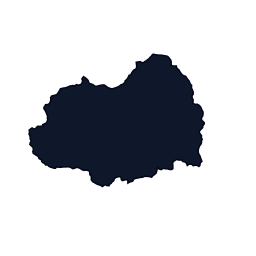 outline of Alfredo Wagner, Santa Catarina, Brazil, rotated 309°
{"feature_id": "56859067B29143197602699", "entity_name": "Alfredo Wagner", "entity_type": "district", "adm_level": 2, "iso_a3": "BRA", "parent_name": "Brazil", "parent_adm1": "Santa Catarina", "projection": "albers", "projection_center": [-49.333, -27.717], "detail": "fine", "context": "isolated", "style": "filled", "palette": "ink", "viewbox_px": 256, "rotation_deg": 309, "n_neighbors": 0, "source": "geoboundaries", "source_scale": "gbopen_adm2", "svg_char_len": 3580}
<svg xmlns="http://www.w3.org/2000/svg" viewBox="0 0 256 256"><g transform="rotate(309 128 128)"><path d="M137.2,61.2L136.4,62.7L134.8,63.7L132.6,64.1L130.1,62.6L129.3,60.6L127.5,60.3L126.5,58.6L125.3,57.7L124.4,56.6L122.7,55.8L121.1,54.9L119.8,54.0L118.2,52.5L115.9,50.8L113.7,51.3L111.7,51.5L109.6,51.7L107.4,50.6L106.1,49.4L104.6,48.5L102.9,48.8L101.5,50.1L99.8,51.1L97.3,51.5L95.6,50.8L94.2,49.2L92.9,49.7L91.7,49.5L90.3,50.2L89.2,53.2L88.1,55.4L87.2,56.9L86.4,58.4L85.1,58.9L84.0,60.3L82.4,61.0L80.4,61.3L78.7,60.5L77.0,59.6L76.2,60.9L75.0,59.6L73.8,58.5L72.5,56.7L70.6,56.5L68.8,56.5L67.9,54.9L67.7,53.4L66.0,52.9L64.1,52.5L63.0,53.9L60.9,55.0L60.3,56.5L59.2,57.8L57.6,59.3L57.3,61.1L55.5,61.1L53.4,62.1L53.3,64.1L53.2,66.3L51.5,68.2L49.8,68.8L48.7,70.3L48.9,72.2L49.1,74.0L49.4,76.0L48.2,78.3L48.9,80.7L47.8,81.8L47.4,83.3L48.0,85.4L47.4,87.2L48.7,88.7L48.4,90.7L48.8,92.4L49.5,93.9L50.0,95.5L51.1,97.0L52.5,97.0L53.5,98.0L54.4,99.6L55.6,100.9L56.6,101.8L57.7,103.0L59.1,104.7L60.7,106.5L61.4,108.7L61.6,110.6L62.9,111.8L64.2,112.2L65.7,113.8L66.4,115.8L66.6,117.6L66.8,119.1L67.5,120.6L69.0,122.0L70.2,124.7L69.1,126.7L67.8,127.5L67.5,129.5L66.2,130.9L64.6,132.1L64.1,134.3L64.5,136.9L64.8,139.0L65.3,140.6L66.2,142.7L66.4,145.0L68.3,145.4L69.6,145.9L69.9,147.7L71.2,149.6L72.8,149.1L74.2,149.7L75.9,149.6L78.0,150.1L80.2,149.2L82.4,150.1L83.5,150.8L84.9,151.9L85.3,153.7L83.8,155.1L83.5,156.6L85.4,158.1L87.3,159.4L86.8,161.2L85.1,162.6L86.7,163.2L88.3,164.1L89.5,165.1L91.1,164.8L92.5,164.9L94.1,166.0L96.1,167.7L97.7,169.0L99.0,170.4L100.9,171.3L102.5,173.4L103.9,175.5L104.6,177.4L106.5,177.3L108.5,177.9L110.8,178.2L112.2,177.6L113.9,176.8L115.5,175.8L115.7,178.1L116.6,180.1L118.0,180.4L119.2,181.2L119.9,182.9L121.1,184.3L121.6,185.7L122.3,187.0L123.6,188.3L125.0,188.3L126.2,187.1L127.5,186.1L128.5,185.0L130.4,184.3L132.4,185.0L134.3,185.6L134.7,187.0L135.7,188.5L136.9,189.7L136.4,191.6L137.5,193.6L137.3,195.7L136.2,197.7L138.0,198.1L139.2,199.3L140.0,200.7L139.7,202.3L140.9,203.3L141.9,204.3L142.6,205.7L142.7,207.3L144.1,207.5L145.4,206.6L146.7,206.2L148.6,206.4L149.5,204.8L150.5,203.2L151.6,201.4L152.6,198.8L154.5,196.8L156.8,195.6L159.1,194.9L161.1,194.9L163.0,194.3L164.2,193.2L165.9,192.8L166.6,191.1L168.3,190.0L168.8,188.0L169.4,186.2L170.9,185.4L173.3,185.6L175.2,185.8L176.3,185.0L177.6,184.7L179.2,184.7L180.2,183.7L180.3,182.1L180.4,180.3L181.7,179.0L183.0,178.6L184.4,178.5L186.1,177.5L187.7,176.2L188.8,173.6L190.1,171.2L190.4,169.0L190.1,167.0L188.5,165.2L188.1,162.8L189.6,161.8L190.9,160.9L191.9,158.8L193.4,157.4L195.0,157.5L196.8,156.3L197.9,154.5L198.7,152.8L199.5,151.7L201.2,150.6L201.4,148.7L202.2,147.2L203.0,145.8L203.3,144.3L203.7,142.3L204.5,140.3L203.6,138.3L203.5,136.4L204.0,134.3L204.7,132.1L205.3,130.7L205.1,128.6L206.6,126.5L204.8,124.4L204.0,122.4L205.0,121.1L206.4,120.2L207.7,118.4L208.3,115.9L208.6,113.7L207.7,111.8L206.7,110.1L205.8,108.4L204.9,107.2L203.7,105.6L202.5,103.7L201.2,101.1L199.7,100.8L198.2,101.0L196.8,100.6L195.3,100.8L193.6,100.2L192.0,100.0L190.1,99.2L188.4,98.9L187.5,97.5L187.2,95.6L185.7,94.3L184.3,93.0L182.8,94.5L181.5,95.9L179.9,96.8L178.5,97.0L177.1,96.1L175.6,96.0L173.2,96.2L171.1,96.6L169.5,95.7L167.8,96.2L165.6,96.5L164.2,96.4L163.0,96.1L161.2,96.9L158.6,96.3L156.8,95.2L155.2,95.0L153.2,94.1L151.7,93.2L150.2,92.2L148.3,91.0L147.4,88.8L146.7,86.8L146.7,84.9L146.4,82.2L144.5,80.3L143.2,79.2L141.9,78.3L140.3,77.0L139.6,75.6L139.7,74.0L139.3,72.2L138.6,70.7L138.3,69.3L139.5,67.7L140.0,66.4L140.2,63.5L139.9,61.1L137.2,61.2Z" fill="#0f172a" stroke="#020617" stroke-width="1.5"/></g></svg>